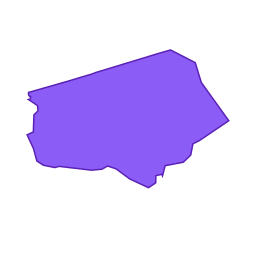 outline of Gates, North Carolina, United States of America, rotated 343°
{"feature_id": "52423323B73755605771607", "entity_name": "Gates", "entity_type": "district", "adm_level": 2, "iso_a3": "USA", "parent_name": "United States of America", "parent_adm1": "North Carolina", "projection": "orthographic", "projection_center": [-76.756, 36.424], "detail": "fine", "context": "isolated", "style": "filled", "palette": "violet", "viewbox_px": 256, "rotation_deg": 343, "n_neighbors": 0, "source": "geoboundaries", "source_scale": "gbopen_adm2", "svg_char_len": 700}
<svg xmlns="http://www.w3.org/2000/svg" viewBox="0 0 256 256"><g transform="rotate(343 128 128)"><path d="M43.3,64.9L42.9,65.6L42.7,67.9L43.2,69.0L43.8,69.0L44.1,69.6L43.2,71.4L42.8,71.7L41.1,71.6L48.0,80.1L47.0,85.3L41.9,87.9L36.3,104.1L29.5,105.0L31.6,120.0L31.2,133.0L36.2,138.9L46.4,144.4L51.0,144.6L80.6,157.6L91.0,159.8L97.3,158.4L104.5,163.4L114.8,177.3L130.2,191.1L138.5,188.5L140.7,181.7L146.7,182.2L146.8,182.2L147.0,183.9L152.5,174.9L170.9,176.9L180.1,172.2L184.5,163.9L185.5,162.1L192.6,160.9L226.5,150.5L211.4,105.9L211.4,85.2L191.5,65.8L191.4,65.8L185.0,65.7L178.0,65.6L113.6,65.5L109.1,65.8L96.6,65.7L86.4,65.7L43.3,64.9Z" fill="#8b5cf6" stroke="#5b21b6" stroke-width="1.5"/></g></svg>